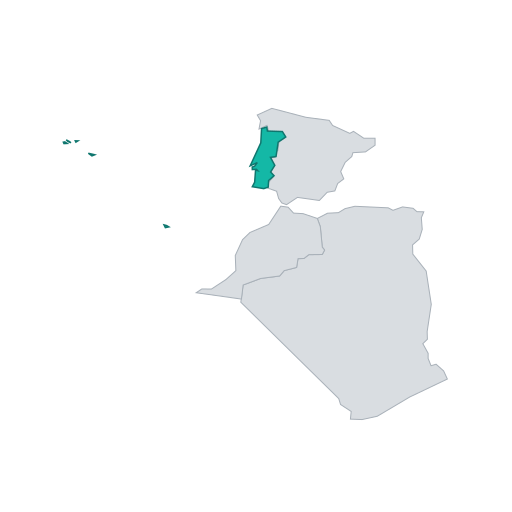 Portugal highlighted among its neighbors, rotated 8°
{"feature_id": "PRT", "entity_name": "Portugal", "entity_type": "country or territory", "adm_level": 0, "iso_a3": "PRT", "parent_name": "Europe", "parent_adm1": "", "projection": "robinson", "projection_center": [-13.235, 37.393], "detail": "coarse", "context": "with_neighbors", "style": "filled", "palette": "teal", "viewbox_px": 512, "rotation_deg": 8, "n_neighbors": 3, "source": "natural_earth", "source_scale": "50m", "svg_char_len": 2357}
<svg xmlns="http://www.w3.org/2000/svg" viewBox="0 0 512 512"><g transform="rotate(8 256 256)"><path d="M247.4,303.9L247.3,286.5L263.7,277.6L282.2,272.5L286.0,266.5L297.8,261.7L298.0,252.8L303.8,251.8L308.2,247.3L321.4,245.3L323.1,240.6L320.4,238.0L315.6,218.0L311.5,210.3L320.8,203.7L331.6,201.6L337.6,196.7L347.0,193.0L380.2,189.9L385.3,191.7L394.3,187.0L404.9,186.9L409.2,189.7L416.0,188.9L414.4,195.1L416.9,206.5L415.3,216.5L409.5,223.2L411.0,232.3L426.6,247.2L436.3,279.5L436.0,307.0L437.3,314.6L433.4,319.6L440.0,328.4L440.7,333.5L444.6,340.3L449.4,338.1L457.8,343.7L462.6,351.2L427.9,374.2L398.4,397.8L383.8,403.2L372.2,404.4L371.9,396.7L360.4,391.3L357.8,385.7L247.4,303.9Z" fill="#d9dde1" stroke="#a8b0b8" stroke-width="1"/><path d="M258.0,187.1L257.1,183.1L262.0,175.4L258.5,171.8L261.0,163.9L256.9,156.7L261.2,155.7L261.4,150.1L263.0,148.3L262.8,139.0L267.2,135.8L264.3,129.8L251.3,130.9L248.7,125.1L241.3,129.9L241.7,121.4L237.6,116.2L251.1,107.6L286.1,111.7L309.6,111.5L313.7,116.1L331.8,121.5L335.2,119.0L346.4,124.4L357.5,122.8L358.5,129.7L349.9,137.7L337.6,140.2L337.0,144.2L331.3,150.8L328.1,160.6L332.2,167.4L326.8,172.8L325.0,180.6L317.6,183.0L311.0,192.2L288.9,192.2L279.1,200.9L274.2,199.9L270.4,195.9L267.4,189.0L258.0,187.1Z" fill="#d9dde1" stroke="#a8b0b8" stroke-width="1"/><path d="M206.9,296.2L216.5,294.9L229.6,283.4L238.1,273.3L235.4,258.4L240.4,241.7L246.8,233.5L264.2,223.0L273.6,203.2L281.0,203.2L287.2,208.3L296.7,207.5L311.5,210.3L315.6,218.0L320.4,238.0L323.1,240.6L321.4,245.3L308.2,247.3L303.8,251.8L298.0,252.8L297.8,261.7L286.0,266.5L282.2,272.5L263.7,277.6L247.3,286.5L247.6,300.7L201.9,300.7L206.9,296.2Z" fill="#d9dde1" stroke="#a8b0b8" stroke-width="1"/><path d="M243.8,129.1L248.7,126.8L249.9,130.7L264.8,129.1L268.9,134.0L262.1,140.2L262.0,154.7L256.6,156.3L262.0,163.6L258.8,170.8L262.7,174.0L258.0,179.5L258.5,186.1L254.3,188.2L242.7,187.9L244.4,183.1L243.6,170.9L245.7,171.2L244.4,170.1L240.3,170.9L239.9,168.4L242.1,167.3L244.3,163.3L237.7,167.5L245.0,143.3L243.8,129.1ZM75.7,177.6L81.4,178.1L82.2,178.2L79.6,179.7L75.7,177.6ZM160.6,238.0L163.2,238.3L165.6,239.3L162.3,240.5L160.6,238.0ZM53.3,170.8L50.2,171.4L49.4,170.1L50.8,169.6L53.3,170.8ZM63.6,166.8L61.8,168.3L61.0,167.1L63.6,166.8ZM57.0,169.6L53.9,168.8L51.9,167.4L55.2,168.6L57.0,169.6Z" fill="#14b8a6" stroke="#0f766e" stroke-width="1.5"/></g></svg>